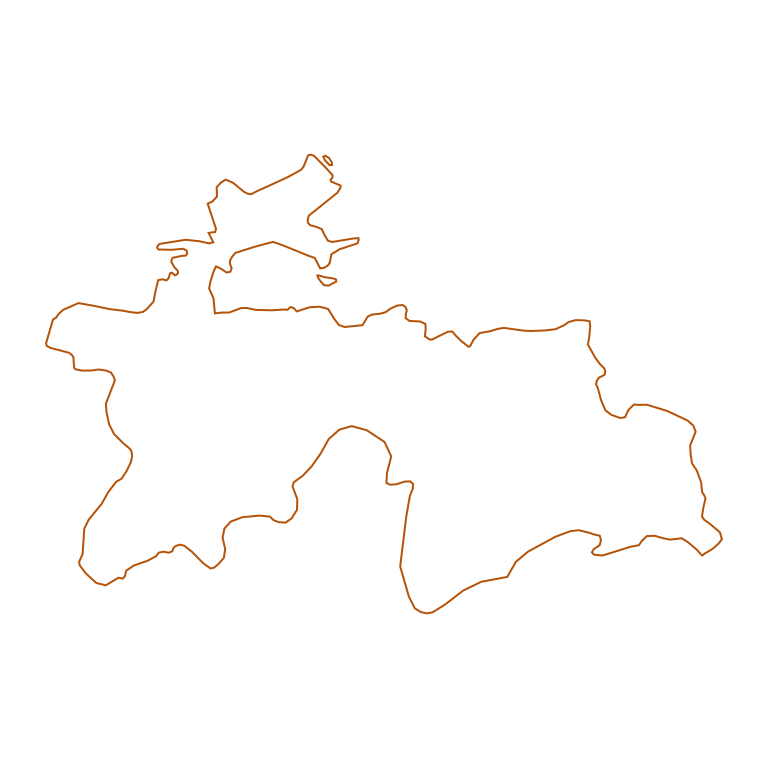 an SVG outline of Tajikistan
{"feature_id": "TJK", "entity_name": "Tajikistan", "entity_type": "country or territory", "adm_level": 0, "iso_a3": "TJK", "parent_name": "Asia", "parent_adm1": "", "projection": "robinson", "projection_center": [70.744, 38.86], "detail": "fine", "context": "isolated", "style": "outline", "palette": "amber", "viewbox_px": 768, "rotation_deg": 0, "n_neighbors": 0, "source": "natural_earth", "source_scale": "50m", "svg_char_len": 4532}
<svg xmlns="http://www.w3.org/2000/svg" viewBox="0 0 768 768"><path d="M79.1,561.8L82.6,554.1L84.3,528.6L88.7,519.7L101.7,503.8L108.5,491.7L116.1,481.9L121.6,478.6L126.7,470.9L130.9,462.0L132.1,456.5L131.7,452.1L130.3,449.2L123.2,443.2L114.0,433.9L109.1,424.3L106.5,412.1L105.9,403.7L114.9,380.3L113.5,376.4L111.1,372.7L106.0,370.5L98.6,369.5L91.3,370.5L82.0,370.6L75.6,369.3L74.1,367.8L73.4,357.2L71.8,354.9L69.1,352.8L50.4,347.9L46.7,345.8L46.1,343.1L53.0,319.5L55.9,317.8L58.7,313.9L63.2,309.8L78.5,303.1L94.9,306.0L109.4,309.1L123.9,310.8L128.9,311.9L137.2,312.9L142.8,312.0L146.6,309.3L153.5,301.6L155.7,290.2L158.2,280.1L162.4,279.3L166.5,280.4L168.5,278.3L169.4,275.6L170.2,273.2L172.0,272.7L174.9,275.3L176.7,274.6L178.1,272.9L177.7,270.8L174.3,267.2L171.3,261.7L171.6,259.8L172.7,257.8L181.7,255.9L185.7,255.6L187.2,253.7L186.7,250.6L183.3,248.8L171.0,249.8L158.5,249.5L157.1,247.7L157.8,245.6L159.7,243.9L185.5,239.8L199.2,241.2L209.3,243.4L213.3,242.3L208.6,232.9L215.1,232.0L216.0,228.8L207.7,203.7L212.3,201.5L217.0,196.6L216.7,187.2L220.8,182.7L225.7,179.6L232.9,182.7L244.1,191.9L247.7,193.7L251.3,194.2L256.5,191.4L276.5,182.3L287.8,177.1L301.2,169.7L303.5,166.8L308.1,155.4L310.6,154.6L314.0,155.8L325.7,167.6L332.5,175.1L332.5,177.7L330.6,179.6L331.0,181.5L340.6,185.6L340.6,187.5L338.4,191.0L337.2,193.0L336.0,193.8L323.2,204.1L308.9,215.6L308.4,217.1L307.7,219.9L307.9,222.8L310.2,225.2L316.4,226.9L321.8,229.1L324.6,235.1L327.8,240.6L332.1,242.0L353.3,238.5L358.4,238.1L358.7,240.0L357.4,243.4L339.5,249.3L331.4,254.3L329.6,263.2L327.5,265.8L323.8,267.9L320.2,268.4L314.7,257.9L308.5,255.8L299.5,252.1L282.0,245.0L273.0,241.9L255.6,246.5L235.3,252.9L232.1,256.8L229.9,260.9L230.1,264.1L231.6,268.3L230.5,271.6L226.7,272.6L221.0,268.7L216.0,266.4L213.5,271.8L210.5,281.4L209.1,288.3L213.5,298.4L214.9,313.3L223.0,312.5L229.2,312.5L241.0,308.1L246.9,308.0L255.9,309.9L271.8,310.3L284.4,309.5L287.5,309.8L290.4,307.0L293.7,308.0L296.8,311.4L309.5,307.3L319.0,306.7L324.7,307.9L328.2,309.1L334.3,318.9L339.0,325.1L344.7,327.0L362.5,325.2L367.7,316.6L372.3,314.5L379.6,313.8L385.7,312.2L390.5,308.6L397.0,305.6L402.7,305.0L405.6,307.2L406.8,310.2L405.8,314.1L405.6,318.1L409.4,320.9L420.3,321.5L425.4,324.0L425.7,328.8L424.9,336.3L429.5,339.4L431.9,339.6L447.9,331.7L452.3,331.5L456.0,335.9L461.4,341.2L468.6,346.8L470.3,345.9L473.5,339.8L479.6,333.1L491.1,331.0L497.4,328.9L504.0,327.9L524.1,330.7L530.8,331.0L544.6,330.5L555.5,329.2L564.2,325.2L568.6,322.0L575.8,320.1L584.9,320.4L589.7,321.3L590.2,326.8L589.2,337.3L587.9,344.5L595.2,357.7L599.9,364.0L604.4,368.5L605.3,372.0L604.4,374.9L598.9,377.7L596.9,380.7L596.0,384.1L597.8,388.0L601.2,400.5L605.4,410.3L611.4,414.9L620.2,418.0L625.0,417.3L628.3,410.1L634.0,404.5L638.9,404.9L646.7,404.7L667.3,411.0L687.5,420.5L693.4,425.7L695.6,431.7L690.2,445.3L690.6,454.1L692.0,463.4L696.7,470.3L701.1,482.2L702.1,492.0L704.0,495.0L705.5,498.4L703.4,507.4L702.0,516.5L703.9,519.5L710.1,524.0L719.9,532.3L721.9,539.3L718.5,543.7L712.4,549.0L704.6,553.6L702.3,555.5L700.9,554.4L696.9,549.8L688.1,542.3L681.8,538.3L670.0,539.6L663.1,538.2L654.7,535.8L646.9,536.1L642.0,540.7L638.9,545.2L631.1,546.6L619.9,550.1L602.6,555.5L594.2,554.7L591.9,552.4L593.7,549.2L599.6,545.2L601.0,540.3L599.8,535.8L594.3,534.5L592.1,533.8L589.7,532.9L578.9,530.2L570.3,531.2L555.3,536.8L527.9,551.7L515.9,561.8L507.3,576.9L481.2,581.8L463.3,590.5L444.8,604.7L432.6,612.3L426.7,613.4L420.7,612.0L414.7,608.2L408.8,596.4L403.6,578.4L400.2,566.5L402.0,551.3L404.2,533.9L406.3,516.3L409.9,495.9L412.8,488.7L413.0,483.9L410.3,481.4L404.7,481.6L396.2,484.3L390.1,484.7L386.5,483.0L386.9,473.5L391.2,456.4L384.5,441.9L366.7,430.2L351.7,426.1L339.3,429.7L328.8,439.0L320.3,454.1L311.6,466.4L302.5,476.0L296.0,480.6L293.9,482.3L292.5,486.4L297.3,499.1L297.0,509.8L291.5,518.5L285.5,522.6L278.9,522.2L273.7,520.2L269.9,516.6L259.4,515.6L242.4,517.2L230.7,521.6L224.4,528.6L222.6,537.8L225.2,549.3L223.8,558.0L218.4,564.1L214.1,567.6L210.6,568.5L203.3,563.3L192.0,551.8L184.2,545.7L180.0,544.7L177.6,545.3L175.0,546.5L173.5,548.0L172.2,551.4L168.6,552.7L163.4,551.7L158.7,552.7L155.9,556.3L147.9,560.6L133.9,565.5L126.2,570.7L124.9,576.2L122.8,578.6L118.5,577.7L105.8,585.3L96.3,583.0L85.6,573.2L79.7,565.2L79.1,561.8ZM336.3,281.5L328.6,285.6L324.0,285.2L320.5,281.2L318.0,277.6L317.4,275.5L318.7,275.5L324.7,277.2L333.1,278.4L336.0,279.4L336.3,281.5ZM332.1,164.9L329.6,165.2L324.9,160.2L323.3,156.7L325.2,155.7L329.2,158.1L331.8,162.4L332.1,164.9Z" fill="none" stroke="#b45309" stroke-width="2"/></svg>